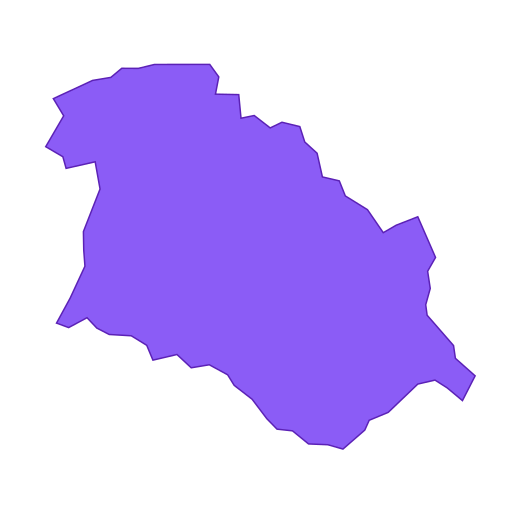 the district of Lajeado do Bugre, Rio Grande do Sul, Brazil, rotated 264°
{"feature_id": "56859067B18581397233195", "entity_name": "Lajeado do Bugre", "entity_type": "district", "adm_level": 2, "iso_a3": "BRA", "parent_name": "Brazil", "parent_adm1": "Rio Grande do Sul", "projection": "robinson", "projection_center": [-53.208, -27.705], "detail": "fine", "context": "isolated", "style": "filled", "palette": "violet", "viewbox_px": 512, "rotation_deg": 264, "n_neighbors": 0, "source": "geoboundaries", "source_scale": "gbopen_adm2", "svg_char_len": 987}
<svg xmlns="http://www.w3.org/2000/svg" viewBox="0 0 512 512"><g transform="rotate(264 256 256)"><path d="M71.5,346.0L80.8,351.4L86.7,371.2L111.7,403.5L113.9,421.0L104.9,432.3L90.6,446.2L113.9,461.4L133.4,443.6L146.3,443.1L179.2,420.0L189.8,419.7L205.5,425.9L222.9,425.1L235.8,434.4L278.1,421.0L272.0,398.7L265.9,385.0L290.4,371.7L306.4,351.1L322.0,346.7L327.7,330.3L351.8,327.5L364.3,316.4L380.1,313.1L386.3,295.8L381.9,283.5L395.9,268.9L394.6,255.5L418.3,255.7L421.2,232.6L438.0,237.7L451.4,230.0L457.1,175.0L454.9,158.6L456.7,142.1L448.8,130.3L447.7,111.8L433.7,70.9L415.5,79.4L386.7,58.3L374.9,74.3L363.0,76.3L366.5,105.9L338.9,107.9L298.3,86.9L279.9,85.3L263.7,84.8L233.6,66.8L210.1,50.6L204.4,62.2L212.3,81.5L200.9,90.2L193.3,101.8L189.7,123.6L178.6,138.0L163.2,142.6L166.3,167.1L151.6,179.9L152.7,198.2L140.8,215.4L129.6,220.8L113.9,237.2L93.0,249.8L81.6,258.8L78.3,274.0L63.6,288.6L60.8,307.7L54.9,322.3L71.5,346.0Z" fill="#8b5cf6" stroke="#5b21b6" stroke-width="1.5"/></g></svg>